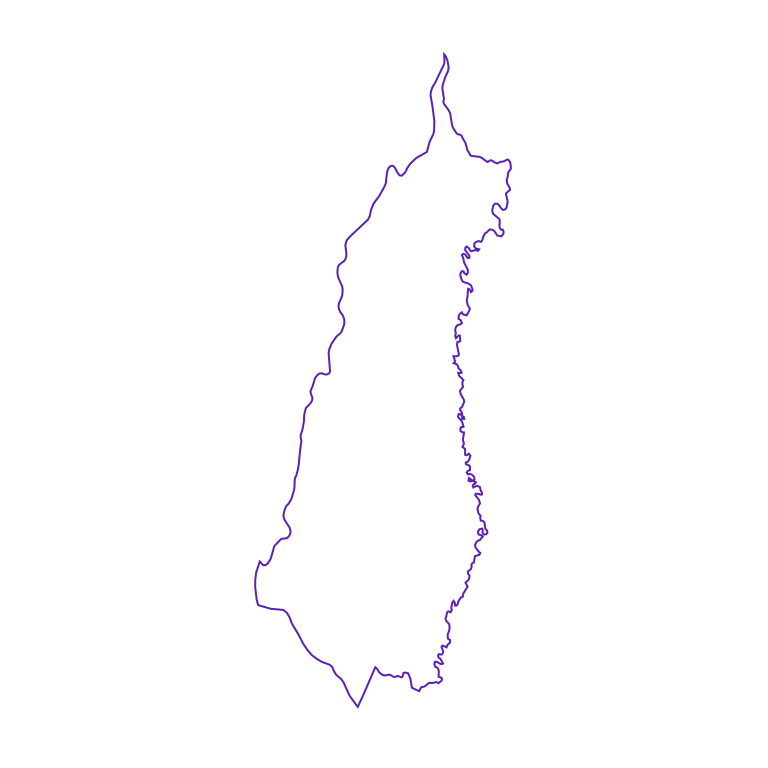 the district of Ipiranga do Norte, Mato Grosso, Brazil, rotated 349°
{"feature_id": "56859067B36287964515387", "entity_name": "Ipiranga do Norte", "entity_type": "district", "adm_level": 2, "iso_a3": "BRA", "parent_name": "Brazil", "parent_adm1": "Mato Grosso", "projection": "equal_earth", "projection_center": [-55.972, -11.935], "detail": "fine", "context": "isolated", "style": "outline", "palette": "violet", "viewbox_px": 768, "rotation_deg": 349, "n_neighbors": 0, "source": "geoboundaries", "source_scale": "gbopen_adm2", "svg_char_len": 6146}
<svg xmlns="http://www.w3.org/2000/svg" viewBox="0 0 768 768"><g transform="rotate(349 384 384)"><path d="M454.6,430.5L455.0,428.4L454.8,426.2L453.6,424.0L454.2,422.4L456.2,421.5L459.4,416.7L459.3,414.6L457.3,408.4L457.3,405.2L461.1,401.8L460.9,399.1L461.5,396.9L462.7,395.2L459.2,390.1L459.0,387.2L461.0,387.9L462.4,387.7L462.1,385.8L460.2,382.7L460.0,380.5L459.3,378.6L456.4,376.9L458.1,375.6L457.5,370.0L459.7,370.6L461.8,370.5L463.1,369.8L463.1,359.6L464.2,356.6L465.8,356.9L467.1,356.3L467.6,350.9L466.1,350.7L463.4,352.8L463.0,350.4L464.2,347.9L464.1,345.2L464.7,343.1L465.8,341.5L467.4,340.3L470.7,339.9L472.1,338.9L471.4,335.9L469.6,334.4L470.4,331.2L472.1,329.5L474.1,328.5L474.7,330.6L478.2,332.4L481.9,328.1L482.6,326.3L481.1,321.9L481.4,316.8L482.8,313.9L483.9,309.1L484.8,306.6L486.4,307.7L486.7,310.3L488.3,309.7L489.0,308.1L488.2,303.7L485.8,301.4L481.0,298.7L480.1,296.4L479.6,292.6L480.3,289.7L482.0,288.1L483.5,288.6L483.9,290.4L485.9,292.5L487.5,290.8L488.1,287.9L485.9,280.4L485.7,275.1L485.1,272.2L486.6,271.3L488.2,272.2L490.3,276.5L491.9,276.4L492.2,274.2L489.2,268.1L490.0,265.5L491.4,264.8L493.3,267.0L494.1,269.6L495.3,270.4L498.9,269.9L501.8,271.2L503.1,269.9L499.9,268.4L498.7,266.1L499.6,263.2L501.6,262.1L503.9,261.7L506.5,263.0L508.1,261.2L509.6,258.3L512.1,255.2L513.9,254.7L517.3,252.4L520.2,253.5L521.6,255.2L523.6,259.9L527.4,261.5L529.9,259.3L530.5,256.9L529.8,255.0L528.4,254.9L527.4,252.9L527.5,250.6L528.8,246.0L528.6,244.0L523.7,237.9L523.3,236.2L523.4,233.9L525.4,229.6L527.2,228.2L529.5,228.6L531.0,230.3L532.6,233.9L534.0,235.8L536.2,235.8L537.9,234.3L540.1,228.8L540.2,226.2L539.9,221.9L540.2,220.1L544.8,217.4L544.7,215.1L543.2,210.6L543.4,207.2L545.0,204.0L546.3,200.0L549.6,197.0L550.0,194.7L550.1,190.0L548.7,187.4L547.2,187.3L544.5,188.3L540.4,188.2L537.1,189.1L534.3,187.0L533.1,185.6L531.3,184.7L527.8,185.8L522.9,180.4L521.0,179.2L513.0,176.7L512.1,175.3L511.7,173.1L510.5,170.7L509.9,162.7L508.3,158.5L507.6,155.2L506.1,153.7L503.9,152.8L502.8,151.2L500.5,145.4L500.2,142.4L500.6,130.7L499.5,127.1L496.2,120.2L496.1,118.1L497.2,116.0L497.7,104.9L498.5,102.0L502.7,94.4L506.1,89.7L507.6,86.7L508.0,83.1L508.0,78.2L507.1,74.1L506.0,72.0L504.7,79.9L504.0,81.5L491.7,98.0L488.5,101.5L486.9,103.9L485.2,107.8L484.8,109.8L484.5,121.4L483.6,135.3L481.4,145.4L479.9,148.4L475.0,154.9L470.4,164.4L459.3,168.1L456.7,169.6L451.4,173.1L448.3,176.2L445.3,180.2L441.4,182.9L439.1,182.1L437.7,179.5L435.7,173.1L434.5,171.7L433.1,171.2L431.7,171.5L430.0,172.6L428.7,174.2L427.3,177.0L424.0,187.4L421.8,190.7L415.2,198.5L408.0,205.1L404.5,210.6L402.0,216.5L399.6,219.6L379.6,232.2L375.3,235.4L374.1,237.0L372.5,240.5L372.0,248.4L371.4,251.1L370.2,253.7L368.9,255.3L362.5,258.6L361.1,260.3L359.5,265.6L359.3,270.4L361.5,279.8L361.5,282.8L360.3,288.0L359.0,290.7L355.2,296.2L354.2,298.9L354.1,302.0L354.9,305.3L356.4,308.2L357.3,312.4L356.8,316.3L355.9,318.7L352.3,324.5L350.5,326.2L347.0,327.9L345.1,329.5L339.9,334.8L336.6,340.0L335.5,343.3L333.5,360.9L332.3,363.1L329.8,363.7L327.9,363.4L324.9,361.6L322.4,361.4L320.5,362.4L317.5,364.9L313.5,372.5L310.4,377.2L310.4,380.1L311.1,383.7L310.7,385.4L309.8,387.1L307.9,389.1L302.7,392.7L299.9,398.7L298.1,405.9L295.3,413.1L292.5,418.2L291.9,420.7L292.1,424.0L288.9,433.3L285.1,446.3L283.1,451.7L280.3,457.4L279.1,458.7L278.1,460.8L276.6,467.5L275.5,470.9L271.2,479.1L267.4,483.4L265.0,484.9L263.4,487.0L261.5,490.4L260.2,494.1L260.1,496.5L260.7,499.0L263.9,506.9L264.2,510.9L263.2,513.3L262.0,514.9L259.4,516.8L254.0,516.5L252.3,517.2L245.4,522.2L239.4,534.0L235.5,538.1L233.3,539.1L231.0,539.0L228.2,534.5L222.4,545.0L220.3,551.5L218.8,558.9L218.3,565.3L217.9,571.2L218.2,577.0L230.1,583.1L242.2,586.6L245.1,590.2L246.9,595.7L247.9,601.7L252.4,614.1L255.2,623.8L258.3,630.9L261.3,636.2L265.7,641.1L269.9,644.9L277.1,649.2L279.1,651.8L280.2,656.7L281.5,660.2L285.3,665.0L287.2,668.6L290.7,683.4L296.6,696.0L304.0,685.8L321.4,660.4L322.7,662.0L324.4,666.4L327.0,669.3L329.4,670.3L333.5,670.3L335.0,671.0L337.1,673.0L338.9,673.7L341.7,673.1L345.2,675.3L346.8,674.2L348.0,671.4L349.7,671.3L352.5,672.6L353.7,678.6L353.4,687.4L359.9,692.3L362.0,689.4L363.3,688.6L365.2,688.8L367.2,688.2L371.3,685.9L374.1,686.7L378.9,686.7L380.3,688.1L384.0,686.1L384.7,684.0L383.5,682.7L381.7,681.8L383.0,676.6L383.0,674.7L382.1,672.5L380.3,671.3L380.0,668.5L380.9,666.4L383.0,666.8L385.7,669.4L387.1,670.0L388.6,669.7L387.0,664.7L385.3,662.9L385.2,660.9L386.5,659.6L387.9,660.4L389.5,660.4L391.1,657.9L390.3,653.1L391.6,651.9L395.1,654.4L396.4,652.4L399.7,650.2L399.9,647.8L398.2,646.2L398.5,642.5L401.0,638.4L402.0,635.3L402.2,632.3L399.8,628.2L399.6,625.7L400.6,624.4L402.3,620.4L403.7,619.5L405.9,620.8L407.3,618.8L407.5,616.0L409.2,611.9L410.8,610.2L411.8,612.3L411.4,615.0L413.0,615.3L414.5,613.9L415.6,611.4L418.7,608.2L420.6,608.0L421.9,604.8L427.4,598.8L426.1,594.5L429.0,592.8L430.7,590.9L431.3,588.4L430.3,586.0L430.5,584.1L434.0,582.2L435.1,580.3L435.3,578.3L436.4,576.8L438.1,576.4L440.4,570.4L445.0,569.8L446.3,568.2L445.0,566.7L442.7,562.1L442.7,559.2L444.6,556.8L446.4,555.7L448.2,555.5L451.8,552.6L450.3,550.8L448.4,550.0L447.7,548.2L448.3,546.5L450.3,544.7L452.8,544.7L453.0,546.6L452.3,548.6L453.0,550.6L455.4,551.1L457.1,549.9L457.2,547.4L455.8,545.4L456.2,539.0L455.1,537.4L452.9,536.5L452.9,533.5L453.7,532.0L452.0,528.7L452.0,524.1L453.3,521.9L455.4,519.6L455.1,515.8L452.3,510.5L453.1,509.2L456.2,510.1L457.7,511.1L459.2,511.1L459.4,509.2L458.7,507.5L458.4,503.3L455.7,501.6L452.0,502.7L451.6,501.0L452.8,499.4L454.3,499.3L455.5,497.9L452.9,496.1L454.6,495.0L454.8,492.5L453.1,489.8L450.8,488.5L449.0,488.7L448.3,486.7L449.9,485.2L452.0,484.9L452.6,481.8L452.0,480.2L449.3,478.5L449.2,476.7L451.6,476.2L453.5,474.0L455.1,470.9L453.9,468.6L451.6,469.7L450.1,468.9L451.2,463.3L449.0,460.6L450.5,458.9L451.1,457.1L450.8,453.9L453.3,446.8L452.0,446.5L450.2,445.0L450.3,442.6L451.8,441.0L453.9,441.2L453.5,436.0L452.3,433.5L451.0,431.8L450.4,430.1L451.6,427.7L453.5,428.4L454.6,430.5ZM452.9,496.1L450.1,496.1L448.5,495.2L449.4,492.5L452.9,496.1ZM454.6,430.5L454.1,433.0L456.1,433.5L456.1,431.6L454.6,430.5Z" fill="none" stroke="#5b21b6" stroke-width="2"/></g></svg>